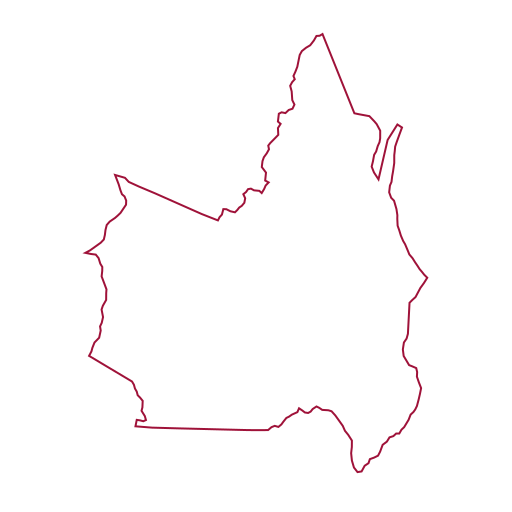 the district of Campo Mourão, Paraná, Brazil, rotated 178°
{"feature_id": "56859067B54956241865270", "entity_name": "Campo Mourão", "entity_type": "district", "adm_level": 2, "iso_a3": "BRA", "parent_name": "Brazil", "parent_adm1": "Paraná", "projection": "equal_earth", "projection_center": [-52.393, -24.126], "detail": "fine", "context": "isolated", "style": "outline", "palette": "rose", "viewbox_px": 512, "rotation_deg": 178, "n_neighbors": 0, "source": "geoboundaries", "source_scale": "gbopen_adm2", "svg_char_len": 3042}
<svg xmlns="http://www.w3.org/2000/svg" viewBox="0 0 512 512"><g transform="rotate(178 256 256)"><path d="M85.6,228.3L88.6,231.5L90.8,234.5L92.9,237.1L94.9,240.5L97.3,244.3L99.6,248.3L102.7,252.2L104.0,255.8L106.6,262.6L108.4,265.9L110.5,271.3L112.0,276.9L113.4,281.3L113.5,288.2L113.3,291.9L114.0,298.0L116.1,306.4L118.9,309.5L120.7,315.0L119.7,321.7L118.0,325.3L117.1,331.1L116.1,335.7L115.4,339.6L114.6,344.1L114.3,352.0L113.7,355.8L113.1,360.5L111.4,365.0L108.4,372.5L105.6,379.3L110.1,382.5L120.4,367.4L130.9,328.3L135.2,335.4L137.3,341.3L135.8,346.6L134.4,353.0L132.3,356.2L130.5,361.6L128.6,365.4L127.8,369.3L127.5,376.9L130.8,383.6L133.0,386.4L137.8,391.8L148.2,394.1L152.7,395.2L181.8,475.5L184.7,473.9L187.9,473.8L190.6,469.4L194.5,464.7L198.7,462.4L203.0,459.2L205.3,455.4L206.6,450.0L208.1,443.7L210.2,438.8L212.3,434.6L211.1,431.3L213.8,428.5L215.9,424.9L214.6,419.2L214.3,410.5L212.3,406.0L214.4,401.9L218.2,400.8L221.6,397.8L225.4,398.7L228.2,397.4L229.4,389.6L226.8,387.2L229.6,383.1L229.5,376.3L232.0,373.9L237.9,368.3L239.9,365.9L239.3,362.2L241.7,358.2L244.7,354.4L246.2,350.6L247.1,344.7L243.1,339.0L244.2,331.1L240.8,329.1L243.9,326.1L245.5,322.7L248.1,318.7L250.4,321.0L255.7,321.7L258.7,323.5L261.6,323.1L263.7,320.3L266.5,318.2L264.8,314.1L265.8,309.6L268.5,306.6L271.1,305.0L273.1,302.6L275.5,300.4L280.0,301.6L284.0,303.8L287.0,304.0L288.6,298.6L291.1,296.0L292.8,292.9L308.7,299.8L354.6,322.1L370.6,329.5L380.6,334.5L384.2,338.7L387.2,339.7L394.0,341.9L390.7,332.3L389.2,326.5L387.8,322.4L385.3,320.1L383.8,315.9L384.1,311.8L389.9,303.8L392.8,301.2L395.5,299.0L401.0,295.5L404.1,292.2L405.5,287.3L406.3,282.3L407.5,277.8L410.7,274.7L421.7,267.4L426.4,265.1L421.0,263.8L416.1,263.0L413.4,259.4L411.9,253.8L410.0,250.4L410.2,246.4L411.0,241.0L408.6,233.9L406.6,227.9L407.0,224.1L407.3,217.3L410.8,211.6L412.2,207.9L411.0,200.3L412.5,194.6L414.3,191.1L413.8,186.9L415.6,179.8L420.4,175.2L422.7,170.0L423.8,166.4L426.3,162.0L384.3,134.9L382.5,131.6L381.6,127.8L379.9,124.6L379.1,121.0L376.7,118.4L374.3,115.2L374.8,108.7L375.8,105.3L372.7,99.9L371.7,95.9L374.4,94.8L377.7,95.8L380.9,96.4L382.4,90.0L365.9,88.1L338.8,86.4L276.9,82.7L271.7,82.4L263.4,82.0L250.0,81.6L246.5,84.4L243.2,85.6L239.6,84.4L236.5,86.8L234.4,89.5L231.3,93.1L228.6,94.3L225.7,96.2L220.1,98.5L218.3,102.3L215.0,99.9L212.6,97.9L209.4,97.3L206.8,98.6L204.7,101.1L200.8,103.5L198.2,102.1L195.2,99.9L189.0,99.3L185.9,98.2L182.3,93.9L179.3,89.4L175.2,83.2L173.2,78.2L170.1,74.1L166.6,68.2L166.9,61.7L167.8,55.6L167.3,48.2L165.5,41.2L162.1,36.5L158.0,37.0L154.7,42.6L150.8,45.0L149.3,49.0L145.0,50.4L141.0,52.2L138.8,56.1L136.0,62.9L131.7,65.9L128.9,70.1L125.0,71.2L122.1,73.7L119.0,73.6L116.7,77.3L113.9,79.8L109.2,87.0L107.0,92.1L104.1,94.6L102.2,97.1L100.4,100.5L98.4,107.1L97.0,112.3L95.6,118.2L97.7,124.2L99.4,129.8L99.0,134.4L99.8,138.4L104.2,140.5L106.8,141.6L111.9,150.9L112.5,157.5L111.2,164.4L108.4,168.2L106.9,172.9L104.2,203.9L101.1,206.8L98.0,209.4L92.8,218.4L89.2,223.0L85.6,228.3Z" fill="none" stroke="#9f1239" stroke-width="2"/></g></svg>